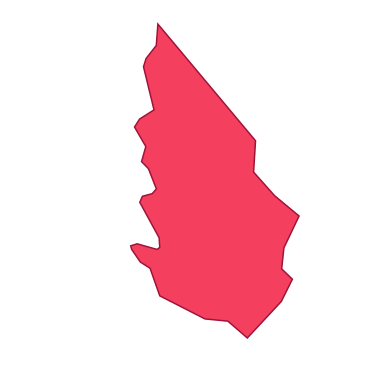 the Metropolitan Borough of Sheffield, rotated 44°
{"feature_id": "GBR-5687", "entity_name": "Sheffield", "entity_type": "Metropolitan Borough", "adm_level": 1, "iso_a3": "GBR", "parent_name": "United Kingdom", "parent_adm1": "", "projection": "natural_earth1", "projection_center": [-1.595, 53.403], "detail": "fine", "context": "isolated", "style": "filled", "palette": "rose", "viewbox_px": 384, "rotation_deg": 44, "n_neighbors": 0, "source": "natural_earth", "source_scale": "10m", "svg_char_len": 585}
<svg xmlns="http://www.w3.org/2000/svg" viewBox="0 0 384 384"><g transform="rotate(44 192 192)"><path d="M333.2,258.6L307.5,260.0L289.5,274.3L241.0,289.1L214.8,276.0L203.5,278.3L188.5,275.2L185.3,273.3L188.5,267.4L206.7,257.6L207.3,254.3L200.2,247.8L161.6,235.7L159.3,229.5L164.5,220.9L164.2,214.5L144.5,205.5L134.6,205.2L127.2,191.4L105.5,185.2L103.6,175.9L107.6,159.3L70.1,135.6L66.2,127.8L64.5,111.4L50.8,94.9L202.1,111.0L222.5,134.9L254.1,137.3L285.7,134.9L296.9,168.3L309.9,185.0L324.8,185.0L332.3,208.8L333.2,258.6Z" fill="#f43f5e" stroke="#9f1239" stroke-width="1.5"/></g></svg>